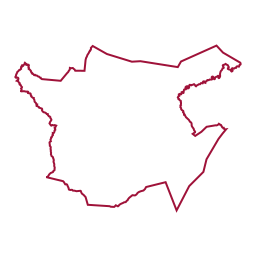 the district of Juticalpa, Olancho, Honduras
{"feature_id": "27666195B18258905744745", "entity_name": "Juticalpa", "entity_type": "district", "adm_level": 2, "iso_a3": "HND", "parent_name": "Honduras", "parent_adm1": "Olancho", "projection": "mercator", "projection_center": [-86.362, 14.531], "detail": "fine", "context": "isolated", "style": "outline", "palette": "rose", "viewbox_px": 256, "rotation_deg": 0, "n_neighbors": 0, "source": "geoboundaries", "source_scale": "gbopen_adm2", "svg_char_len": 5593}
<svg xmlns="http://www.w3.org/2000/svg" viewBox="0 0 256 256"><path d="M176.6,210.4L189.2,186.1L203.4,171.9L206.5,159.3L218.5,138.9L222.6,133.5L226.1,129.3L225.4,129.4L224.3,129.1L223.8,127.9L223.2,128.1L222.9,127.6L222.2,127.3L221.8,126.3L221.3,125.8L221.1,125.1L220.1,124.8L219.9,124.4L218.9,123.8L218.6,124.3L218.2,124.5L217.5,125.1L216.3,125.4L215.5,125.3L206.6,126.8L201.4,131.8L195.2,135.9L192.7,133.9L195.0,132.3L195.1,131.7L194.0,130.1L193.6,128.6L192.6,127.4L191.7,125.8L191.6,123.7L191.4,123.0L191.0,122.4L189.9,121.7L189.1,120.2L188.1,119.1L187.6,118.8L186.8,117.9L186.1,117.4L184.8,115.1L184.0,114.8L184.0,114.4L184.4,114.2L183.7,113.2L183.6,112.4L183.1,112.2L183.3,111.2L183.2,110.9L181.9,110.1L181.2,109.3L181.1,108.1L180.4,107.2L180.6,106.8L180.4,105.7L180.9,105.2L180.7,104.9L181.0,104.0L181.0,102.6L180.7,102.0L180.8,101.8L180.9,101.1L180.7,100.8L179.5,100.0L179.0,99.4L178.9,98.9L178.4,98.9L178.3,98.3L177.8,97.4L178.4,96.4L179.5,95.7L179.5,95.3L178.8,94.8L178.8,94.4L179.6,93.9L181.2,94.2L181.6,93.6L181.5,92.3L181.8,92.1L182.2,92.0L183.0,92.8L183.4,92.9L183.7,92.0L183.7,91.1L184.1,89.6L184.6,89.3L185.7,89.4L186.0,89.1L186.0,88.4L185.5,87.6L185.6,87.1L186.4,86.4L187.2,86.2L187.8,86.3L187.9,86.5L187.2,87.4L187.2,88.1L187.5,88.4L188.5,88.3L189.1,87.6L188.9,86.7L189.4,85.1L189.6,84.9L190.2,84.9L190.7,85.3L191.0,85.4L191.4,85.0L192.8,84.8L193.6,84.3L194.1,84.2L195.0,85.1L195.6,86.1L196.0,86.3L196.8,85.4L198.1,84.8L198.7,84.3L200.1,84.2L200.8,83.2L201.4,83.1L202.3,83.3L202.7,83.3L203.0,82.8L202.9,82.0L203.4,81.4L204.1,81.4L204.7,82.6L205.3,82.8L205.3,81.9L205.4,81.6L205.8,81.4L206.5,81.3L207.3,80.1L207.8,80.0L208.7,80.2L209.7,79.5L211.2,79.6L212.0,79.4L212.3,79.1L212.4,78.6L211.7,77.6L211.8,77.0L212.3,76.6L212.8,76.6L213.4,77.1L213.7,78.8L214.2,79.2L214.5,79.2L214.8,79.0L215.1,77.7L215.4,77.3L216.3,76.8L217.2,76.6L217.7,76.0L218.1,75.8L218.3,75.9L218.5,76.1L218.4,77.1L218.5,77.8L218.9,78.1L219.2,78.0L219.7,77.3L220.1,76.3L220.1,75.2L220.0,73.9L220.6,71.5L221.0,70.9L222.1,69.7L222.5,68.4L223.4,68.1L223.7,67.8L223.7,67.4L223.0,66.2L222.8,65.4L223.3,64.9L224.4,64.7L225.6,63.9L226.5,64.6L227.7,65.1L228.8,67.1L227.9,68.2L227.9,68.9L228.8,69.4L230.2,69.7L230.7,70.2L231.2,71.2L231.6,71.5L232.3,71.2L232.6,70.7L232.5,70.1L231.8,69.2L231.8,68.8L232.0,68.4L232.5,68.2L234.0,68.6L235.1,67.9L236.1,67.8L236.4,66.8L236.7,66.5L237.5,66.3L238.5,66.6L239.0,66.6L239.6,64.9L240.3,64.7L240.6,64.3L240.6,63.7L240.3,62.7L223.0,52.6L216.5,45.6L181.0,61.5L177.8,67.1L140.4,61.2L131.9,61.7L106.9,54.0L92.7,46.0L90.9,47.9L90.9,48.2L91.0,48.9L90.8,49.8L89.9,50.5L90.0,51.0L89.0,52.2L88.8,52.9L87.4,55.0L86.8,56.7L86.2,57.7L85.6,59.8L84.5,70.8L75.2,70.7L74.6,69.5L73.7,68.9L72.8,68.0L71.1,68.2L69.9,67.9L69.8,69.5L68.7,71.0L68.2,72.0L67.1,73.1L60.7,80.8L41.9,79.1L40.9,78.4L40.7,77.7L39.9,77.6L38.9,76.6L37.9,76.4L36.8,75.5L35.5,75.4L35.2,75.0L34.8,75.2L34.1,75.1L33.9,74.6L33.3,74.1L32.3,73.8L31.9,73.1L32.0,72.9L31.6,72.7L31.6,72.4L31.3,72.2L30.9,71.6L30.9,70.9L29.9,69.7L29.3,69.4L29.1,68.9L28.7,68.9L28.6,67.8L28.8,67.4L28.4,67.0L28.9,65.4L28.6,64.8L28.3,64.7L27.3,65.1L26.3,64.8L26.5,64.0L25.7,63.6L24.9,62.8L24.7,63.1L25.1,63.6L25.0,63.9L23.5,65.1L23.2,65.8L22.8,65.8L22.8,65.3L22.2,65.2L22.0,65.7L21.7,65.9L21.5,66.4L21.1,66.9L21.1,67.0L21.7,67.0L21.0,68.0L21.1,68.9L20.3,69.4L20.2,69.7L19.1,70.1L18.3,71.2L17.4,71.8L17.0,73.0L16.7,73.4L16.6,73.8L16.2,74.5L15.8,76.2L15.4,76.8L15.4,77.2L15.9,77.7L16.5,77.8L17.1,77.5L17.9,77.7L18.2,78.0L18.4,78.5L18.2,79.9L17.5,80.1L16.8,80.8L18.0,81.2L18.5,81.8L18.9,82.7L19.7,83.1L19.8,83.5L19.6,84.5L19.8,84.7L20.5,84.8L21.5,86.7L22.0,87.1L21.9,87.6L21.1,88.5L21.5,89.1L21.6,89.5L21.0,90.9L21.0,91.2L21.3,91.3L22.0,91.3L24.1,91.2L25.9,91.6L27.8,91.6L28.1,91.8L27.8,92.6L27.9,93.0L29.1,93.3L30.0,93.3L30.4,93.5L30.7,94.0L30.7,95.0L31.3,95.6L31.2,96.4L32.7,97.7L33.8,98.0L33.7,98.7L34.4,100.0L34.5,101.2L34.7,101.8L36.0,103.1L36.4,104.5L36.8,104.3L37.2,104.4L37.1,104.8L36.5,105.3L36.6,106.0L37.4,106.2L38.9,107.0L39.0,107.6L39.5,107.8L41.9,108.6L42.2,109.2L42.0,110.4L42.8,111.6L43.8,112.3L44.7,112.4L46.1,113.2L46.7,114.0L47.8,114.1L47.8,114.9L48.9,116.3L49.6,116.4L50.3,117.1L50.3,117.8L51.3,119.4L51.4,119.9L51.1,120.5L50.1,121.9L49.5,123.4L51.0,125.5L51.5,125.6L52.0,125.1L52.3,125.0L52.8,125.1L53.4,125.4L54.7,125.1L56.2,125.6L55.5,126.8L54.7,127.8L55.2,128.2L54.9,128.9L55.3,129.8L54.5,130.5L54.5,131.6L54.0,132.6L53.4,133.3L52.8,133.1L52.9,134.9L52.5,134.9L52.4,135.7L51.8,137.1L51.1,137.4L51.2,138.2L50.5,139.5L50.7,140.0L50.6,141.0L50.8,141.3L49.7,142.1L49.5,142.6L49.9,145.4L49.8,145.8L50.6,146.8L50.7,147.2L50.7,148.1L50.5,148.9L50.9,150.2L50.7,150.9L51.1,152.9L50.9,154.3L51.2,154.9L51.5,156.0L52.8,157.0L53.1,157.7L53.2,158.5L53.7,159.3L53.6,160.0L53.8,160.6L53.5,161.8L54.2,163.8L54.3,164.6L54.2,165.3L54.3,166.5L54.7,167.3L54.7,168.1L54.5,169.0L54.6,169.9L54.3,170.4L53.3,171.1L52.9,172.1L50.7,173.0L49.4,174.2L47.9,176.5L47.4,176.9L46.2,177.1L63.1,181.2L64.0,182.2L65.2,184.3L65.6,184.4L66.4,184.2L67.1,184.6L67.9,186.6L68.4,187.5L68.9,189.5L69.4,189.7L70.3,190.0L71.3,189.8L72.2,189.9L72.9,190.6L74.6,190.7L76.5,191.2L80.4,190.8L80.7,190.9L81.4,192.7L82.0,193.7L83.6,194.9L85.6,197.1L87.8,204.8L109.7,206.2L110.6,206.7L113.6,206.9L114.2,206.9L114.5,206.7L115.8,205.3L117.9,206.3L118.6,205.8L119.5,204.7L121.0,203.8L123.1,202.9L124.1,202.3L125.7,202.1L126.8,200.7L127.6,200.3L128.0,199.3L129.2,197.8L132.4,195.2L134.7,195.4L135.3,195.3L136.4,194.5L137.2,193.5L137.5,193.0L138.7,192.1L140.6,191.3L143.5,190.5L145.1,188.9L145.9,187.3L146.2,187.0L165.6,182.2L176.6,210.4Z" fill="none" stroke="#9f1239" stroke-width="2"/></svg>